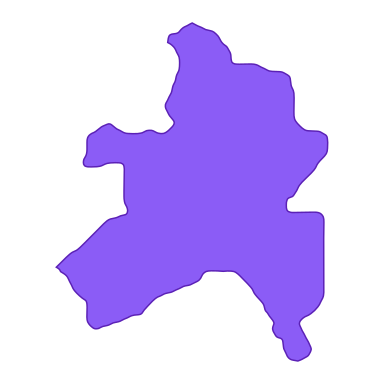 the district of Galvan, Bahoruco, Dominican Republic
{"feature_id": "3306468B84487207746542", "entity_name": "Galvan", "entity_type": "district", "adm_level": 2, "iso_a3": "DOM", "parent_name": "Dominican Republic", "parent_adm1": "Bahoruco", "projection": "albers", "projection_center": [-71.318, 18.475], "detail": "fine", "context": "isolated", "style": "filled", "palette": "violet", "viewbox_px": 384, "rotation_deg": 0, "n_neighbors": 0, "source": "geoboundaries", "source_scale": "gbopen_adm2", "svg_char_len": 5263}
<svg xmlns="http://www.w3.org/2000/svg" viewBox="0 0 384 384"><path d="M297.9,361.0L300.5,360.0L302.0,359.3L306.9,356.6L308.1,355.7L309.0,354.5L310.4,351.9L310.9,350.6L311.2,349.2L311.1,348.5L310.7,347.1L308.4,342.0L306.0,337.8L304.1,334.0L302.1,330.5L299.8,325.4L299.4,324.1L299.4,323.3L299.6,322.5L299.8,321.7L300.7,320.4L302.5,318.5L304.7,316.9L308.6,315.1L310.9,313.6L314.6,310.5L317.8,306.9L319.4,304.6L320.9,301.5L322.7,298.0L323.3,296.3L323.5,295.3L323.8,292.4L323.7,238.5L323.9,222.2L323.8,219.3L323.4,217.4L323.1,216.5L322.2,215.1L321.0,213.9L320.3,213.4L318.7,212.7L316.8,212.3L314.9,212.2L311.9,212.2L293.8,212.5L291.9,212.5L290.2,212.2L288.5,211.6L287.8,211.1L287.2,210.4L286.8,209.6L286.4,207.9L286.3,205.2L286.4,202.5L286.8,200.8L287.4,199.2L287.9,198.6L288.5,198.1L289.1,197.8L292.3,196.6L293.4,195.7L296.7,190.6L298.5,186.8L299.5,185.2L301.9,182.3L306.1,178.1L311.4,172.9L314.0,170.0L315.6,167.7L317.1,164.6L318.1,163.1L319.9,160.9L324.5,156.1L326.2,153.8L326.6,152.9L327.2,151.1L327.5,148.3L327.7,142.6L327.4,138.9L327.1,137.2L326.8,136.4L326.3,135.7L325.8,135.1L324.5,134.3L320.5,132.0L318.8,131.4L316.9,131.2L308.3,130.8L306.4,130.5L304.6,129.8L302.3,128.2L300.1,126.2L297.4,123.4L295.7,121.2L294.8,119.5L294.5,118.6L294.0,115.8L293.9,111.9L294.1,98.1L293.9,93.2L293.3,90.5L291.6,86.8L291.1,85.2L290.2,78.5L289.7,77.0L289.3,76.4L288.7,75.8L287.5,74.9L284.2,73.0L282.7,72.3L281.8,72.0L279.9,71.7L272.2,71.4L269.4,71.0L267.8,70.4L264.2,68.5L261.1,67.1L257.6,65.2L255.9,64.6L254.0,64.2L251.1,64.0L239.2,64.2L236.4,64.1L234.6,63.9L233.1,63.2L232.4,62.7L231.9,62.1L231.4,60.6L231.1,59.0L230.8,54.9L230.4,53.2L229.7,51.7L227.4,47.6L226.5,46.4L223.5,44.2L221.9,42.5L221.0,41.2L219.0,37.5L218.0,36.0L216.1,34.0L214.0,32.2L212.4,31.3L210.8,30.8L207.4,30.0L205.7,29.6L201.4,27.4L197.5,25.8L192.2,23.0L190.1,24.0L187.3,25.6L184.3,27.0L182.9,27.9L181.2,29.4L178.8,32.2L177.6,33.0L176.1,33.5L171.9,34.1L170.4,34.7L169.7,35.2L169.2,35.8L168.6,37.2L168.2,38.8L167.7,42.5L170.1,43.8L171.6,44.9L173.6,46.8L174.7,48.2L175.6,49.8L176.6,52.1L178.5,55.7L179.1,57.3L179.5,60.0L179.6,62.7L179.5,66.3L179.2,69.0L178.8,70.7L176.7,75.0L176.2,76.7L175.5,80.1L175.0,81.7L173.2,85.3L172.7,86.9L171.8,91.1L171.3,92.8L169.0,97.1L167.6,100.2L166.1,102.9L165.5,104.4L165.4,105.2L165.4,106.9L165.8,108.5L168.7,114.3L169.6,115.8L172.9,119.8L173.8,121.1L174.1,121.9L174.2,122.7L174.1,123.5L173.9,124.3L173.1,125.7L172.0,127.0L168.9,130.1L167.5,131.3L166.1,132.3L164.5,133.1L163.6,133.4L162.7,133.5L161.0,133.6L158.4,133.2L156.8,132.7L153.3,130.9L151.7,130.4L149.9,130.3L148.2,130.4L146.5,130.7L142.2,132.8L140.4,133.2L137.6,133.6L132.8,133.7L128.0,133.5L126.1,133.3L124.3,132.8L122.8,132.1L120.0,130.5L116.9,129.0L115.5,128.0L112.1,125.2L110.8,124.3L110.0,124.0L109.2,123.9L108.5,123.9L107.1,124.3L102.9,126.1L101.3,127.0L95.6,131.5L94.1,132.4L91.8,133.4L90.4,134.3L89.2,135.3L88.7,135.9L87.8,137.3L87.5,138.2L87.1,140.0L87.0,142.8L87.0,149.6L86.9,151.5L86.6,153.4L86.4,154.3L85.8,155.9L83.9,159.3L83.5,160.9L83.4,162.5L83.5,163.3L83.6,164.1L84.0,164.8L84.4,165.5L85.1,166.1L85.9,166.4L87.5,166.8L91.1,166.9L96.9,166.7L99.7,166.3L101.5,165.8L105.1,164.1L106.8,163.5L107.7,163.3L110.5,162.9L115.3,162.7L119.0,162.8L120.7,163.0L122.2,163.7L122.9,164.2L123.5,164.9L124.0,166.4L124.3,169.0L124.0,191.2L124.0,196.1L124.1,198.9L124.5,201.7L125.0,203.5L126.8,207.0L127.3,208.5L127.6,210.1L127.6,210.9L127.3,212.5L127.0,213.2L126.5,213.9L125.9,214.4L125.3,214.7L120.7,215.8L117.1,217.4L115.5,217.9L110.4,219.0L108.8,219.7L107.2,220.7L105.8,221.9L103.7,223.8L84.1,243.5L80.0,247.5L77.9,249.3L76.4,250.4L72.5,252.2L71.0,253.2L69.6,254.3L66.1,257.5L56.3,267.2L58.1,268.3L59.2,269.2L60.0,270.3L60.6,271.6L63.8,273.6L65.2,274.6L66.4,275.7L67.4,277.0L68.2,278.5L69.6,281.5L71.5,285.1L72.9,288.2L73.8,289.7L74.9,291.1L76.8,293.2L79.4,295.7L82.1,298.0L85.3,300.2L85.8,300.7L86.3,301.4L86.8,303.0L87.0,304.7L87.1,307.4L86.9,317.0L87.1,319.8L87.6,321.7L88.0,322.5L89.0,324.1L90.2,325.5L91.5,326.7L92.9,327.8L93.7,328.3L94.5,328.6L95.4,328.8L96.3,328.8L97.9,328.6L98.7,328.4L101.5,327.0L103.0,326.4L107.2,325.5L108.8,325.0L113.2,322.9L114.9,322.5L118.3,321.8L119.9,321.3L124.2,319.1L127.4,317.8L130.3,316.3L131.8,315.7L134.3,315.1L138.5,314.7L140.1,314.4L140.8,314.1L141.4,313.7L142.0,313.2L144.2,310.0L147.9,305.9L152.5,301.1L155.3,298.6L157.5,297.1L160.7,295.8L164.3,293.9L165.8,293.4L168.4,292.8L170.9,292.3L172.5,291.7L176.1,289.9L179.2,288.6L183.5,286.4L185.2,285.9L188.6,285.3L190.3,284.8L197.6,281.2L198.9,280.3L200.5,278.5L202.3,275.0L203.2,273.7L204.4,272.6L205.8,271.7L206.6,271.4L208.4,271.0L211.3,270.8L217.1,270.9L223.2,271.3L227.5,271.0L231.2,271.1L233.8,271.5L235.5,272.2L237.7,273.8L239.7,275.6L247.6,283.7L250.7,287.1L252.3,289.2L254.2,293.1L255.2,294.5L256.9,296.6L261.2,301.3L262.9,303.4L263.7,304.9L264.0,305.7L265.0,309.6L265.6,310.9L267.4,312.9L269.5,316.2L272.7,320.3L273.5,321.7L273.8,322.4L273.9,323.2L273.9,323.8L272.8,327.1L272.6,328.7L272.7,329.5L273.1,331.0L273.8,332.4L275.7,335.7L276.7,336.8L278.0,337.5L280.6,338.3L281.8,339.1L282.2,339.7L282.6,340.4L282.9,341.9L283.5,347.0L283.8,348.7L284.5,350.2L285.9,353.1L287.3,356.2L287.7,356.8L288.8,358.1L290.1,359.1L290.9,359.5L291.7,359.8L293.4,360.2L297.9,361.0Z" fill="#8b5cf6" stroke="#5b21b6" stroke-width="1.5"/></svg>